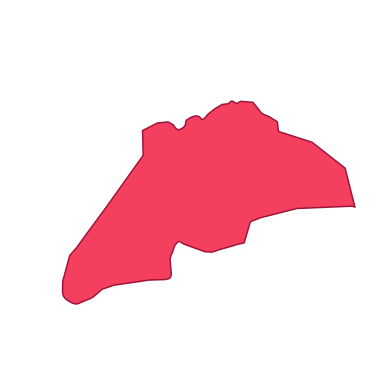 map outline of Baja Verapaz (Robinson projection), rotated 163°
{"feature_id": "GTM-1942", "entity_name": "Baja Verapaz", "entity_type": "Department", "adm_level": 1, "iso_a3": "GTM", "parent_name": "Guatemala", "parent_adm1": "", "projection": "robinson", "projection_center": [-90.369, 15.089], "detail": "fine", "context": "isolated", "style": "filled", "palette": "rose", "viewbox_px": 384, "rotation_deg": 163, "n_neighbors": 0, "source": "natural_earth", "source_scale": "10m", "svg_char_len": 1205}
<svg xmlns="http://www.w3.org/2000/svg" viewBox="0 0 384 384"><g transform="rotate(163 192 192)"><path d="M190.3,261.7L188.9,257.4L186.4,255.1L181.2,256.2L178.5,258.3L177.7,260.4L176.4,262.3L172.2,263.5L168.5,263.9L165.4,263.5L163.0,261.9L161.4,258.5L159.0,258.5L153.8,261.8L145.6,265.0L137.6,266.9L132.7,266.0L130.7,266.0L129.2,266.9L127.9,267.4L126.2,266.6L123.7,263.5L118.9,264.5L107.5,259.9L103.8,250.5L102.4,247.0L100.0,244.5L97.9,243.0L95.7,240.9L89.9,234.2L91.3,226.2L91.5,224.5L62.6,204.4L38.6,170.0L40.6,130.1L43.3,131.7L96.6,145.6L134.2,147.4L144.9,146.5L156.9,128.2L164.4,128.6L171.7,128.6L182.5,128.9L190.1,128.6L197.1,131.1L214.8,144.4L218.2,148.2L219.1,148.5L220.4,148.3L223.6,146.3L224.9,144.9L228.8,139.4L230.4,137.9L232.5,134.5L235.1,123.1L235.4,120.8L235.6,120.0L236.5,118.3L236.9,117.6L237.5,116.9L238.9,115.9L243.2,116.1L258.7,120.3L293.8,125.7L306.4,125.3L316.9,120.6L319.8,119.9L334.2,118.5L335.3,118.8L336.5,119.2L338.9,120.7L342.5,124.5L344.0,126.6L344.8,128.2L345.4,130.0L345.2,133.7L341.7,144.5L327.5,167.0L318.9,172.3L306.5,181.7L279.1,202.1L228.0,241.3L222.9,259.3L221.4,265.2L205.0,268.1L194.3,266.0L190.3,261.7Z" fill="#f43f5e" stroke="#9f1239" stroke-width="1.5"/></g></svg>